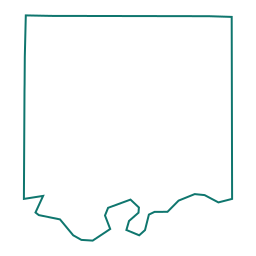 outline of Ray, Missouri, United States of America
{"feature_id": "52423323B37195564422054", "entity_name": "Ray", "entity_type": "district", "adm_level": 2, "iso_a3": "USA", "parent_name": "United States of America", "parent_adm1": "Missouri", "projection": "natural_earth1", "projection_center": [-94.019, 39.331], "detail": "fine", "context": "isolated", "style": "outline", "palette": "teal", "viewbox_px": 256, "rotation_deg": 0, "n_neighbors": 0, "source": "geoboundaries", "source_scale": "gbopen_adm2", "svg_char_len": 513}
<svg xmlns="http://www.w3.org/2000/svg" viewBox="0 0 256 256"><path d="M24.8,56.9L24.6,84.1L24.5,90.8L23.9,198.9L43.1,195.9L35.5,212.5L38.8,215.1L60.0,219.4L73.2,235.3L81.4,239.9L92.7,240.6L110.2,229.0L105.0,215.5L108.1,207.8L130.5,199.6L138.9,207.5L138.5,212.7L129.0,221.0L126.4,230.0L139.2,235.3L145.0,230.1L148.9,214.6L154.5,211.9L167.5,211.8L178.6,200.6L194.7,194.1L204.6,195.1L218.4,202.4L232.1,198.9L231.7,16.9L209.0,16.2L51.1,15.9L25.8,15.4L24.8,56.9Z" fill="none" stroke="#0f766e" stroke-width="2"/></svg>